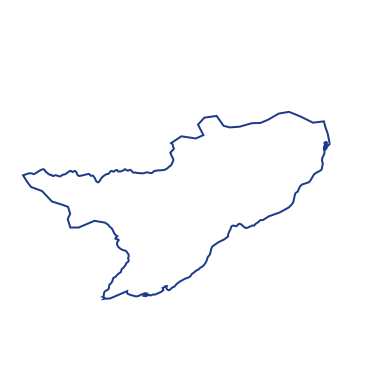 SVG path tracing the border of Atsimo-Andrefana, rotated 247°
{"feature_id": "MDG-5866", "entity_name": "Atsimo-Andrefana", "entity_type": "Autonomous Province", "adm_level": 1, "iso_a3": "MDG", "parent_name": "Madagascar", "parent_adm1": "", "projection": "orthographic", "projection_center": [44.623, -23.116], "detail": "fine", "context": "isolated", "style": "outline", "palette": "blue", "viewbox_px": 384, "rotation_deg": 247, "n_neighbors": 0, "source": "natural_earth", "source_scale": "10m", "svg_char_len": 6035}
<svg xmlns="http://www.w3.org/2000/svg" viewBox="0 0 384 384"><g transform="rotate(247 192 192)"><path d="M205.5,341.0L198.9,340.1L192.5,339.7L183.4,337.8L182.2,337.2L181.3,334.6L179.3,332.3L178.8,330.8L180.0,331.3L181.1,332.3L183.0,334.5L184.3,335.4L185.3,335.4L185.8,334.7L185.5,333.1L184.6,333.3L183.7,332.8L182.1,331.3L181.1,330.6L180.2,330.2L179.2,330.0L178.0,329.9L175.8,329.0L172.1,324.9L169.9,323.8L167.9,323.8L167.2,323.6L162.3,320.3L161.6,318.8L161.1,313.5L160.5,311.2L156.0,305.0L155.3,302.8L155.9,296.7L155.3,294.4L154.7,293.3L152.0,290.4L151.7,290.1L151.4,289.8L151.0,289.3L150.9,288.7L150.7,287.3L150.4,286.7L148.3,284.9L144.0,282.0L142.1,280.0L140.0,275.2L138.9,265.0L139.6,253.2L138.5,246.6L138.6,246.0L139.1,244.7L139.3,244.0L139.2,243.3L138.4,241.2L137.9,238.5L137.5,237.3L136.7,236.1L137.6,234.7L137.4,229.9L137.7,227.7L139.1,226.4L143.2,224.5L144.3,223.0L144.2,221.9L143.3,220.1L143.4,218.8L144.4,217.9L144.7,217.4L145.1,216.3L145.1,215.7L144.9,215.0L144.2,214.1L142.5,212.7L141.3,211.1L138.6,208.5L138.2,208.3L137.8,208.2L137.4,208.1L136.9,207.6L136.7,207.3L136.5,205.7L135.8,203.4L135.5,197.3L134.6,192.2L133.8,189.3L132.0,187.4L127.7,184.3L127.0,183.3L126.0,181.2L125.1,180.3L123.9,179.5L121.7,177.1L120.4,175.0L119.7,173.6L119.4,172.6L119.0,169.8L118.2,168.0L117.9,164.4L117.1,162.5L116.7,160.1L116.4,159.5L115.5,158.4L115.2,157.7L114.7,156.2L114.7,154.6L114.9,151.4L114.2,145.1L113.3,141.9L111.8,138.8L111.7,138.1L111.8,137.4L111.8,136.8L111.3,135.1L110.6,133.5L110.8,132.1L112.1,131.0L113.8,130.8L115.2,132.1L115.6,131.0L115.5,129.9L115.2,128.6L115.1,127.4L113.0,127.4L112.1,124.7L112.0,118.5L112.1,117.8L112.7,116.4L112.9,115.7L112.9,114.1L113.0,113.4L113.2,113.0L113.5,112.8L113.7,112.4L114.1,112.3L114.4,112.1L114.6,111.9L114.1,110.1L114.2,109.2L114.4,108.3L114.9,107.6L115.4,106.8L116.1,107.8L116.2,109.0L115.9,111.4L117.1,109.6L117.4,106.4L117.2,102.9L117.5,100.3L118.2,99.0L122.4,93.9L123.5,93.0L124.7,92.8L126.1,93.6L126.0,75.4L126.4,73.7L127.7,70.6L128.1,68.9L128.6,70.1L129.1,70.1L130.3,68.9L130.3,69.3L131.3,70.3L133.6,71.8L134.3,72.5L134.6,73.4L135.1,76.9L135.8,77.8L138.5,79.3L139.1,80.2L139.4,81.3L140.0,82.5L141.3,84.1L143.1,85.4L143.5,86.1L143.7,86.7L143.8,88.2L143.9,88.8L145.1,91.1L145.5,92.2L145.7,93.7L146.2,95.3L148.3,97.0L148.7,97.9L148.9,98.8L149.5,100.0L150.5,101.9L152.0,103.6L152.4,104.2L152.6,105.7L152.9,106.3L153.7,106.9L154.5,107.1L155.3,107.2L156.2,107.4L156.6,107.7L157.3,108.5L157.9,108.8L159.3,109.2L160.6,108.9L162.9,108.4L163.9,107.9L165.5,105.8L166.6,104.7L168.5,103.5L170.8,102.6L173.2,102.5L175.3,103.7L176.3,105.7L176.9,105.7L178.1,104.4L178.7,103.4L178.9,103.3L179.6,103.7L179.9,104.2L180.5,106.0L182.4,104.8L184.5,104.3L189.3,104.1L192.5,102.6L194.8,102.0L196.2,100.9L197.7,100.1L203.6,90.9L203.6,73.8L206.8,66.1L215.6,67.0L219.5,71.3L226.7,72.1L231.5,67.0L237.9,59.4L251.5,54.3L259.5,45.8L265.9,44.2L273.4,43.0L272.9,49.2L272.8,49.5L272.7,49.9L272.5,50.2L271.7,51.8L271.2,52.3L270.5,53.0L270.3,53.2L270.2,53.6L270.2,54.0L271.3,60.9L271.4,61.7L271.2,63.4L271.1,63.8L270.8,64.4L270.5,64.7L270.2,64.8L269.8,64.9L268.6,65.0L267.6,65.5L266.9,65.6L266.1,66.2L265.4,66.4L265.2,66.6L265.0,67.0L264.8,67.2L264.4,67.3L264.1,67.4L263.7,67.5L263.5,67.8L263.3,68.0L263.1,68.3L262.9,69.1L262.7,69.3L262.4,69.5L261.7,69.7L261.4,69.9L261.1,70.1L261.0,70.4L260.9,70.8L260.9,72.0L260.9,72.4L260.8,72.8L260.7,73.1L260.5,73.4L258.1,76.2L258.0,76.5L257.9,76.9L257.9,77.3L258.3,79.2L258.3,80.1L258.3,80.5L257.9,82.0L257.9,82.4L258.0,82.7L259.0,87.2L259.0,87.7L259.0,88.0L258.9,88.4L258.8,88.7L258.5,89.0L257.3,89.6L257.1,89.8L257.1,90.1L257.1,90.3L257.2,91.0L257.3,91.7L257.3,92.1L257.1,92.4L256.9,92.6L256.6,92.8L256.3,93.0L255.5,93.2L254.8,93.3L252.6,93.3L252.2,93.4L251.9,93.5L251.6,93.7L251.3,93.9L251.1,94.1L250.9,94.4L250.7,94.7L250.6,95.1L249.1,103.7L249.0,104.0L248.7,104.3L248.4,104.4L248.1,104.6L247.4,104.8L247.0,104.9L246.7,105.1L246.5,105.3L246.3,105.6L246.2,105.9L246.0,106.7L245.9,107.1L245.6,107.3L245.3,107.4L242.7,108.0L240.1,108.0L239.3,108.1L238.6,108.4L238.4,108.5L237.9,109.0L237.7,109.3L237.5,109.6L237.8,110.3L238.3,111.3L239.6,113.2L240.6,114.8L240.9,115.8L241.1,116.3L241.3,116.8L241.8,119.8L241.9,120.2L241.8,120.6L241.5,121.3L241.4,121.6L241.4,122.0L241.5,122.6L241.8,123.2L242.6,124.5L242.8,125.2L242.9,125.8L242.8,126.1L242.6,126.5L242.4,126.7L241.4,127.6L241.3,128.0L241.4,128.5L241.7,129.5L241.8,130.1L241.8,130.6L241.6,131.3L241.4,131.6L241.1,131.8L240.3,131.8L239.9,131.9L239.7,132.1L239.5,132.4L239.2,133.6L238.9,134.2L238.8,134.6L238.7,135.4L238.7,136.3L238.7,136.8L238.8,137.4L239.1,138.5L239.2,138.9L239.1,139.3L238.9,139.5L238.7,139.7L237.6,140.1L237.4,140.3L237.2,140.6L236.6,141.9L236.6,142.3L236.7,143.0L236.7,143.4L236.6,143.7L236.4,144.0L236.2,144.2L235.2,144.6L233.8,145.0L233.1,145.3L232.8,145.5L232.6,145.8L232.5,146.2L232.4,146.6L232.3,146.9L232.2,147.3L232.0,147.5L231.7,147.8L231.3,148.4L228.7,153.3L228.2,154.8L228.1,155.6L227.9,157.4L227.7,158.2L227.4,158.8L225.6,161.3L225.4,161.6L225.3,162.0L225.2,162.4L225.3,162.8L225.3,163.2L225.9,164.8L225.9,165.2L226.0,165.6L226.0,166.1L225.9,166.5L225.5,167.4L225.4,167.7L225.3,168.0L225.3,168.9L225.2,169.3L225.1,169.6L224.9,169.9L224.6,170.5L224.3,171.2L223.6,173.9L223.1,175.2L223.0,175.7L223.1,176.1L223.3,177.1L223.3,178.1L223.4,178.5L223.5,178.9L223.7,179.4L223.9,179.7L224.2,180.4L224.3,180.8L224.4,182.0L224.5,182.4L224.7,182.9L225.1,183.6L225.2,183.8L225.8,184.3L226.4,185.1L228.2,187.0L228.6,187.2L229.1,187.4L230.0,187.6L230.6,187.6L233.1,187.3L233.5,187.3L234.7,187.5L235.1,187.5L236.2,187.3L236.5,187.3L236.8,187.5L237.0,188.0L237.2,188.8L237.5,189.4L237.7,189.7L238.1,190.3L238.3,191.4L238.5,191.8L238.7,192.1L239.1,192.3L239.8,192.3L241.2,192.2L242.0,192.4L243.1,192.7L243.5,192.7L243.9,192.6L244.3,192.5L245.2,191.9L247.4,204.0L239.8,216.4L239.9,224.7L251.7,223.9L255.6,232.5L252.4,244.4L240.6,246.9L236.7,252.0L233.5,261.4L231.9,274.2L228.8,281.9L228.8,290.4L230.3,302.4L227.9,312.6L219.4,321.1L208.5,330.5L205.5,341.0Z" fill="none" stroke="#1e3a8a" stroke-width="2"/></g></svg>